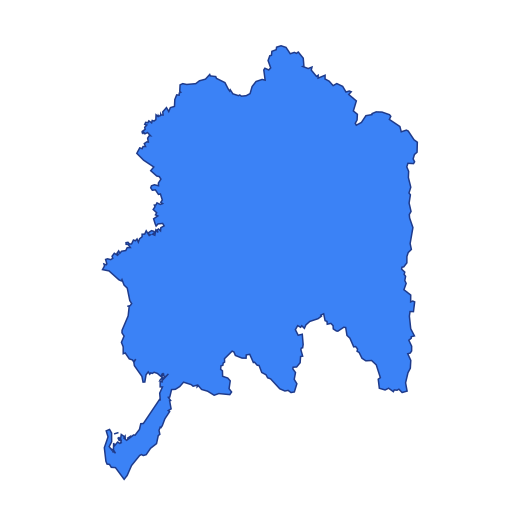 Friuli Venezia Giulia, Udine, Italy, rotated 83°
{"feature_id": "23120603B53770696546298", "entity_name": "Friuli Venezia Giulia", "entity_type": "district", "adm_level": 2, "iso_a3": "ITA", "parent_name": "Italy", "parent_adm1": "Udine", "projection": "natural_earth1", "projection_center": [13.386, 46.114], "detail": "fine", "context": "isolated", "style": "filled", "palette": "blue", "viewbox_px": 512, "rotation_deg": 83, "n_neighbors": 0, "source": "geoboundaries", "source_scale": "gbopen_adm2", "svg_char_len": 6061}
<svg xmlns="http://www.w3.org/2000/svg" viewBox="0 0 512 512"><g transform="rotate(83 256 256)"><path d="M250.8,410.0L252.9,403.7L262.9,395.0L264.3,392.7L263.1,391.9L268.8,390.5L272.2,387.7L284.9,386.7L288.1,385.2L289.9,386.9L290.3,389.9L290.1,387.9L299.9,390.2L313.4,398.0L315.9,398.4L319.4,396.7L325.3,400.1L329.9,398.9L336.8,399.7L336.3,397.6L342.7,394.3L344.1,391.3L346.0,390.4L343.7,387.9L346.6,390.2L350.0,390.1L361.6,383.9L367.4,383.5L367.5,381.7L360.5,379.6L357.9,377.1L360.4,375.9L359.2,374.7L359.9,373.3L359.0,371.3L360.5,368.2L365.5,363.7L366.9,365.9L367.2,366.1L365.6,363.0L363.6,364.7L361.7,363.6L361.3,362.6L362.0,362.0L363.1,363.1L364.4,361.2L366.1,362.0L362.3,357.3L368.4,364.6L370.1,364.3L368.8,365.3L369.0,366.4L374.2,367.1L374.6,364.8L380.4,368.3L387.8,368.6L386.6,369.2L408.5,388.2L408.4,390.8L413.9,392.8L419.1,397.9L418.7,399.3L423.2,406.9L420.6,409.3L419.7,408.6L420.7,408.0L418.8,407.9L419.4,408.5L416.7,411.5L421.4,412.8L419.5,414.1L420.0,415.1L422.4,414.3L422.5,412.2L424.4,412.7L423.9,413.4L424.9,412.6L425.5,414.1L423.8,416.0L427.2,419.7L426.6,420.4L425.3,419.8L424.3,420.1L431.1,421.1L434.7,419.5L432.4,421.2L433.5,422.1L431.0,421.5L430.4,423.0L429.3,422.7L430.5,423.1L427.3,425.0L422.7,421.9L414.1,420.9L410.3,422.5L411.3,426.0L417.5,424.9L427.8,429.9L441.4,430.0L444.4,429.2L445.0,426.8L448.1,425.4L448.9,421.3L461.6,414.1L458.1,410.6L448.8,405.1L439.8,395.8L439.1,393.9L440.3,392.2L439.8,389.2L434.0,384.1L430.1,377.6L422.3,374.9L421.3,373.2L417.2,373.5L414.2,371.9L414.8,371.3L413.0,369.7L406.5,366.3L399.9,360.7L398.7,361.9L397.4,358.9L389.1,359.4L389.0,358.4L385.6,360.2L385.5,358.8L378.3,356.1L378.5,352.3L376.3,347.6L372.4,343.3L375.8,335.9L377.6,334.3L377.0,329.9L378.6,330.3L377.7,329.0L381.8,326.3L384.3,320.5L389.1,314.5L388.0,309.7L390.4,298.9L388.0,296.8L384.4,298.9L376.8,296.8L373.7,298.9L371.3,303.8L365.9,303.3L364.2,304.9L360.8,304.2L360.4,302.2L358.2,301.6L357.5,300.1L354.1,299.8L347.5,291.3L348.6,289.6L352.2,288.6L355.6,282.4L356.2,278.3L353.0,277.7L352.8,274.2L361.4,271.6L361.2,270.4L364.6,268.1L365.0,266.3L372.3,264.5L375.1,260.5L378.3,259.3L379.7,256.5L390.7,248.6L393.5,243.8L393.3,240.5L395.8,237.9L395.6,234.5L387.8,231.0L383.1,233.1L376.5,231.0L372.5,233.2L370.9,232.7L371.1,229.2L367.3,225.2L361.2,224.0L361.1,221.9L354.4,222.9L352.9,222.2L352.8,220.9L349.6,220.0L339.3,219.6L339.8,223.8L333.9,225.9L330.2,223.1L332.2,220.4L330.8,219.1L333.7,216.8L330.5,214.9L327.5,210.6L325.8,202.1L323.7,198.4L322.6,198.9L321.6,195.9L328.6,195.3L329.6,193.5L332.4,193.6L332.0,189.9L334.5,188.0L337.8,188.2L340.2,185.4L340.6,183.9L337.4,177.6L337.9,175.7L345.9,175.4L349.0,172.8L358.1,170.1L358.0,168.2L360.7,166.5L362.9,167.3L364.3,165.4L370.4,163.3L373.4,159.8L373.8,154.0L378.7,149.9L391.9,147.4L393.2,149.7L402.3,149.7L404.7,144.2L403.4,140.5L407.4,136.2L405.8,135.1L406.4,132.4L405.6,130.4L409.3,127.6L408.5,122.5L400.1,123.0L390.4,119.4L386.2,116.5L378.5,115.1L371.5,117.3L371.1,114.7L369.2,113.1L364.5,112.5L358.2,114.6L356.6,112.0L355.0,111.7L354.6,108.5L347.1,111.3L334.4,111.1L329.9,109.9L330.4,106.5L320.9,104.1L319.8,105.9L320.4,108.1L313.6,107.2L307.5,113.3L301.5,110.3L298.5,111.3L294.4,110.0L292.3,111.2L290.1,110.3L286.8,113.1L284.9,112.5L284.8,110.7L281.2,107.1L274.9,106.3L271.1,104.5L268.4,101.0L262.4,101.5L246.9,96.8L237.0,98.9L233.5,98.8L230.7,96.7L222.1,97.6L214.1,95.3L212.1,96.5L206.6,94.0L196.7,95.2L190.6,94.2L185.9,95.5L182.5,93.9L183.5,88.4L181.8,87.1L178.8,88.2L174.6,86.4L172.6,83.5L162.7,82.0L159.9,85.0L150.5,89.7L149.4,91.4L150.4,96.7L145.0,97.4L136.7,107.0L133.8,105.2L132.0,106.3L128.5,113.4L127.6,119.2L128.8,123.5L129.8,123.7L130.1,129.8L136.3,135.1L138.4,140.5L136.4,141.3L133.3,139.1L127.7,138.1L123.9,141.7L114.3,137.5L107.0,144.3L104.6,141.5L103.6,143.3L104.2,146.7L98.2,149.3L94.7,154.8L96.3,158.7L91.4,162.1L88.7,165.9L85.0,165.4L87.0,172.7L84.2,172.3L85.1,174.1L78.2,178.5L75.3,177.4L76.3,181.4L73.6,186.4L73.3,185.3L65.4,185.0L58.7,189.2L59.8,191.2L58.6,193.1L59.4,197.4L52.6,200.8L50.4,205.5L51.2,210.1L53.7,210.8L54.8,215.3L58.7,216.2L58.9,217.9L63.5,220.2L71.1,218.5L72.9,220.7L70.7,224.3L72.3,225.6L82.6,225.5L81.5,228.4L82.8,234.7L87.3,239.2L94.1,242.1L95.7,246.2L95.6,251.0L94.2,252.5L94.7,253.9L92.2,259.2L87.9,261.3L89.1,262.0L87.2,263.1L80.1,265.7L74.9,273.6L73.0,274.1L71.7,279.4L70.2,279.8L74.3,284.6L75.2,290.8L77.6,294.8L77.3,303.9L76.0,307.7L76.9,310.5L83.3,311.6L84.3,310.7L84.9,312.3L87.0,312.7L86.4,315.1L90.8,317.5L97.6,318.7L98.3,322.9L102.0,325.0L97.8,326.8L101.6,331.0L104.7,331.0L104.5,333.1L103.5,333.3L105.0,333.8L105.4,335.7L104.6,336.0L105.5,336.4L103.7,338.0L108.5,338.8L109.6,340.8L108.8,342.5L111.1,343.4L108.8,345.9L110.5,347.0L109.9,349.2L111.8,350.4L112.7,348.4L114.7,350.8L116.8,350.6L118.5,353.8L119.9,353.9L120.6,353.3L119.6,352.3L121.2,351.4L120.2,348.7L123.7,346.1L123.4,347.1L125.8,349.2L129.8,349.0L129.4,350.5L130.8,353.2L133.9,352.3L133.6,354.8L135.6,355.9L134.5,358.2L139.6,361.8L147.2,355.9L155.2,346.6L158.5,350.1L164.5,344.8L165.4,342.3L168.1,341.0L171.7,344.0L174.4,344.2L172.9,348.2L173.6,351.2L175.5,352.2L178.1,350.9L178.1,347.8L183.0,345.3L182.8,343.3L189.0,342.2L191.1,344.0L192.6,342.3L193.2,344.7L191.2,347.8L193.1,349.1L193.1,350.7L194.8,350.2L197.3,352.4L201.0,349.3L202.9,350.8L204.3,348.6L206.6,353.1L211.6,352.2L214.1,351.5L212.2,349.3L212.3,344.7L214.9,343.5L216.3,347.0L219.4,347.7L217.3,349.4L218.1,351.2L220.7,350.3L217.9,352.2L223.1,353.9L221.8,356.0L220.5,353.9L219.1,354.3L218.1,356.6L219.8,359.9L221.0,360.2L222.1,358.3L222.7,359.5L217.6,361.9L220.7,363.8L220.5,366.4L223.0,366.7L224.7,369.4L227.9,371.1L224.6,372.0L226.2,373.8L225.2,375.7L228.8,378.0L228.8,380.0L226.8,381.4L226.9,383.4L228.6,383.5L229.0,381.5L232.3,379.7L232.0,382.8L234.7,384.6L234.9,388.9L236.7,390.8L234.2,391.7L236.3,393.6L237.6,392.5L238.5,393.3L236.0,396.3L238.7,398.9L240.8,398.4L241.9,400.6L240.7,403.7L241.1,405.7L245.7,405.0L246.5,405.8L245.4,407.9L247.4,407.6L250.8,410.0ZM420.5,403.6L420.0,403.3L421.4,406.2L420.5,403.6ZM415.3,418.6L414.5,414.0L415.3,418.6Z" fill="#3b82f6" stroke="#1e3a8a" stroke-width="1.5"/></g></svg>